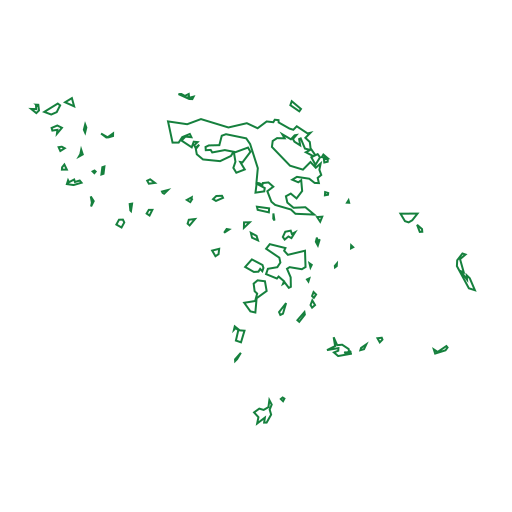 Dahlak, Semenawi Keyih Bahri, Eritrea (Mercator projection), rotated 177°
{"feature_id": "51966322B75113483561318", "entity_name": "Dahlak", "entity_type": "district", "adm_level": 2, "iso_a3": "ERI", "parent_name": "Eritrea", "parent_adm1": "Semenawi Keyih Bahri", "projection": "mercator", "projection_center": [40.14, 15.965], "detail": "fine", "context": "isolated", "style": "outline", "palette": "green", "viewbox_px": 512, "rotation_deg": 177, "n_neighbors": 0, "source": "geoboundaries", "source_scale": "gbopen_adm2", "svg_char_len": 6192}
<svg xmlns="http://www.w3.org/2000/svg" viewBox="0 0 512 512"><g transform="rotate(177 256 256)"><path d="M217.3,344.4L234.4,364.1L233.3,370.0L228.8,372.6L221.2,372.0L223.4,376.2L215.0,370.7L211.1,374.5L209.3,374.7L213.0,370.9L211.6,368.1L206.1,364.2L206.8,370.5L205.2,371.1L201.5,360.7L196.3,359.1L200.8,357.0L193.5,352.7L191.7,354.0L195.9,360.7L196.3,367.0L200.5,371.4L195.2,376.2L198.1,375.7L208.5,383.4L212.1,380.1L215.9,381.5L226.4,388.2L226.4,390.5L230.1,391.1L231.7,388.7L238.3,389.8L247.7,383.5L258.2,389.1L276.8,385.8L303.8,395.6L317.8,391.2L336.8,395.0L333.4,373.6L327.3,373.3L323.4,378.6L315.7,381.3L314.3,378.0L320.2,378.9L324.4,375.2L314.5,367.9L312.2,373.4L308.4,372.8L311.9,369.8L310.7,367.2L306.9,370.1L310.5,366.0L309.8,360.7L303.9,355.2L286.9,352.6L275.8,357.2L273.0,361.3L281.6,363.4L294.3,361.7L295.7,364.3L300.6,364.3L300.7,367.5L297.3,368.9L286.8,368.6L283.9,377.9L279.6,379.2L259.6,374.0L256.0,368.1L249.6,343.6L251.8,328.6L250.3,328.8L248.7,328.4L247.6,327.7L246.0,326.2L245.4,328.5L239.7,328.8L235.1,324.3L241.3,320.1L237.8,309.4L234.2,306.0L218.7,300.6L214.4,296.1L195.7,294.3L204.1,302.1L216.0,302.2L221.9,307.7L223.0,314.1L218.0,316.5L212.5,311.4L206.5,318.5L206.9,329.3L209.9,327.4L215.8,330.3L211.0,332.9L198.8,330.4L193.6,325.9L189.4,325.5L190.3,330.8L186.6,333.5L188.2,338.8L186.6,345.0L191.7,341.0L196.7,347.0L204.6,339.8L217.3,344.4ZM228.5,227.8L224.9,222.5L222.8,223.4L222.5,232.9L225.7,241.6L223.0,243.1L210.9,240.4L207.1,242.4L206.8,258.7L224.1,255.5L227.6,259.8L226.2,262.4L241.6,267.1L245.5,262.7L232.8,253.1L232.0,248.2L235.3,243.7L244.8,242.6L246.9,237.4L236.3,232.4L234.5,234.3L229.3,229.3L230.5,226.7L228.5,227.8ZM270.2,209.9L264.5,201.0L259.6,199.6L257.6,213.8L247.2,220.5L248.4,230.3L255.7,231.6L259.8,228.5L259.2,220.9L256.8,218.4L259.2,211.1L270.2,209.9ZM271.3,340.2L262.7,343.0L266.8,350.7L264.6,350.2L256.1,360.3L258.3,364.7L272.6,360.3L271.6,351.2L274.0,345.2L271.3,340.2ZM256.6,89.2L254.1,89.1L249.2,96.8L250.4,101.9L248.1,106.8L250.2,111.4L251.5,104.4L256.4,101.9L260.7,103.4L266.1,99.9L262.0,94.9L263.6,88.7L255.6,94.1L256.6,89.2ZM179.2,151.8L165.4,153.5L170.8,153.8L172.9,155.2L167.7,154.7L166.0,155.9L169.8,155.1L168.0,155.5L168.4,158.3L174.6,162.9L179.6,162.7L182.7,170.8L181.7,161.9L190.0,158.3L178.5,159.7L178.8,157.1L183.2,155.6L179.2,151.8ZM45.1,212.6L39.2,210.4L43.7,222.6L46.6,225.7L46.5,221.4L52.4,230.2L49.4,228.8L52.4,242.2L46.7,246.5L49.7,247.7L55.3,241.2L55.9,235.4L45.1,212.6ZM259.0,240.2L254.4,240.2L252.5,242.9L250.5,240.5L249.2,243.7L250.0,246.7L260.3,252.8L267.4,245.6L259.0,240.2ZM101.8,281.6L98.1,283.5L92.5,289.9L109.5,290.7L105.4,283.0L101.8,281.6ZM453.1,408.0L447.5,410.1L443.7,416.7L446.0,418.6L459.9,411.0L453.1,408.0ZM280.5,172.6L275.5,170.6L271.4,182.0L276.2,182.6L280.9,186.8L281.9,183.4L280.2,185.0L277.5,183.0L280.5,172.6ZM253.2,319.3L244.4,320.1L243.7,323.4L251.6,328.2L253.2,319.3ZM228.2,273.6L226.5,270.9L222.6,273.8L219.7,272.0L215.8,277.6L219.0,276.1L220.0,279.5L225.5,278.7L228.2,273.6ZM251.9,302.0L240.9,298.9L240.4,302.9L252.5,305.2L251.9,302.0ZM390.9,299.4L393.8,294.7L388.8,291.5L385.8,296.4L387.0,299.3L390.9,299.4ZM213.8,404.8L205.2,398.2L203.4,400.5L212.2,408.7L213.8,404.8ZM191.8,344.0L186.9,351.2L189.1,354.5L195.6,351.7L191.8,344.0ZM447.7,392.4L448.4,388.5L443.1,394.2L447.6,396.7L453.4,394.6L452.8,391.9L447.7,392.4ZM438.6,419.5L429.8,415.0L431.6,423.3L438.6,419.5ZM296.5,257.9L293.3,259.8L292.4,265.1L299.5,263.7L296.5,257.9ZM433.6,341.9L440.6,338.7L439.0,339.8L439.7,341.4L441.1,337.7L434.5,336.4L426.4,338.3L428.1,340.6L432.9,339.4L433.6,341.9ZM228.4,207.4L235.9,198.8L234.8,195.9L232.1,197.0L228.4,207.4ZM314.5,416.3L311.4,416.0L310.0,418.4L315.0,417.4L316.9,418.1L314.5,417.9L314.7,421.3L318.6,419.6L322.1,421.7L324.9,421.7L314.5,416.3ZM253.2,271.5L254.4,276.1L259.9,279.4L259.0,274.5L253.2,271.5ZM82.2,149.2L71.7,151.9L69.5,154.6L70.6,156.1L79.6,150.7L83.3,153.4L82.2,149.2ZM295.9,315.0L293.1,313.1L285.9,315.8L286.8,317.9L292.5,318.0L295.9,315.0ZM363.0,304.1L360.2,302.0L357.1,307.5L360.6,307.7L363.0,304.1ZM210.6,197.4L218.0,189.7L216.3,188.0L210.3,194.9L210.6,197.4ZM472.8,414.6L467.9,410.2L465.1,412.7L465.5,418.4L467.5,418.6L465.7,417.0L467.8,417.7L467.8,414.2L472.8,414.6ZM202.1,208.7L204.1,204.2L202.7,201.5L199.6,203.9L202.1,208.7ZM447.4,375.0L445.9,371.1L441.4,373.6L444.2,375.3L447.4,375.0ZM266.2,290.2L266.6,284.8L260.5,290.0L266.2,290.2ZM417.9,324.1L417.1,317.9L418.1,314.1L415.2,319.3L417.9,324.1ZM322.6,291.9L320.7,290.0L315.0,296.1L321.2,295.7L322.6,291.9ZM360.7,336.9L359.2,333.8L353.1,334.3L357.7,338.1L360.7,336.9ZM399.3,382.2L397.0,382.2L392.5,383.3L392.3,385.9L398.0,382.3L404.3,386.4L399.3,382.2ZM195.5,267.1L193.7,263.3L191.5,269.3L193.7,267.2L194.2,271.2L195.5,267.1ZM200.4,217.0L202.1,213.1L200.4,211.2L198.0,214.4L200.4,217.0ZM91.2,271.5L88.7,271.5L88.8,274.2L93.5,278.7L91.2,271.5ZM192.9,291.7L190.1,286.9L187.8,291.8L192.9,291.7ZM156.7,156.5L153.0,157.3L150.5,162.0L155.9,158.7L156.7,156.5ZM445.3,352.4L440.4,352.2L442.6,357.4L445.0,354.7L445.3,352.4ZM379.4,314.5L379.1,308.1L378.5,307.4L377.0,314.8L379.4,314.5ZM139.0,167.5L136.9,163.3L134.1,165.9L134.7,167.8L139.0,167.5ZM406.1,345.5L404.0,346.1L402.7,353.3L404.8,352.7L406.1,345.5ZM425.0,371.3L426.1,366.9L427.6,364.6L423.7,366.5L425.0,371.3ZM419.7,396.3L421.3,391.1L420.2,388.2L418.7,393.2L419.7,396.3ZM322.1,315.6L318.8,313.3L316.4,316.7L317.6,315.7L317.1,318.0L322.1,315.6ZM283.9,284.5L286.6,280.9L281.4,283.9L283.9,284.5ZM235.7,290.5L236.4,297.6L236.8,292.4L235.7,290.5ZM182.9,345.8L179.5,346.4L179.2,349.0L183.1,349.1L182.9,345.8ZM340.5,326.5L346.5,325.3L345.9,323.9L344.5,323.0L340.5,326.5ZM185.1,351.3L179.6,350.2L183.4,353.8L185.1,351.3ZM238.7,111.9L236.6,109.6L235.1,112.1L236.8,113.3L238.7,111.9ZM184.0,313.0L180.9,313.4L180.6,315.1L183.6,316.2L184.0,313.0ZM160.7,306.8L162.3,304.5L160.2,304.3L160.7,306.8ZM203.9,230.9L206.3,229.9L205.0,227.8L203.9,230.9ZM276.2,160.1L282.3,153.9L282.3,152.2L280.3,154.0L276.2,160.1ZM158.5,259.7L160.4,261.7L160.7,258.7L158.5,259.7ZM413.1,347.2L411.7,348.7L412.8,349.8L414.7,349.0L413.1,347.2ZM200.8,244.2L203.0,245.9L202.2,241.7L200.8,244.2ZM175.6,244.3L177.8,242.0L177.7,240.5L175.9,241.7L175.6,244.3Z" fill="none" stroke="#15803d" stroke-width="2"/></g></svg>